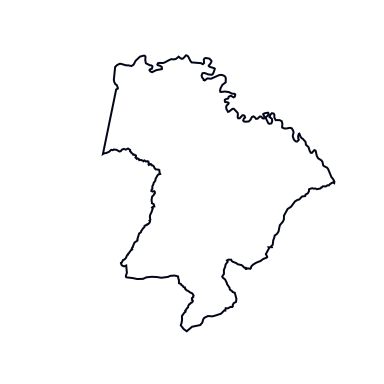 outline of Tesalia, Huila, Colombia, rotated 206°
{"feature_id": "7082276B61077651934720", "entity_name": "Tesalia", "entity_type": "district", "adm_level": 2, "iso_a3": "COL", "parent_name": "Colombia", "parent_adm1": "Huila", "projection": "albers", "projection_center": [-75.696, 2.544], "detail": "fine", "context": "isolated", "style": "outline", "palette": "ink", "viewbox_px": 384, "rotation_deg": 206, "n_neighbors": 0, "source": "geoboundaries", "source_scale": "gbopen_adm2", "svg_char_len": 6057}
<svg xmlns="http://www.w3.org/2000/svg" viewBox="0 0 384 384"><g transform="rotate(206 192 192)"><path d="M305.1,250.9L288.7,187.1L288.0,188.2L286.2,189.4L284.3,191.6L283.1,194.5L281.5,194.9L281.1,195.8L278.4,196.8L275.0,196.6L274.0,197.4L273.5,199.4L272.1,200.9L270.0,201.1L268.6,203.0L266.0,202.7L265.5,201.4L264.4,201.2L263.9,200.7L262.1,200.4L261.2,199.7L260.0,200.4L259.3,200.1L258.4,200.2L257.8,199.0L257.9,198.2L256.1,197.6L255.8,198.3L254.2,198.3L253.4,197.5L252.0,198.4L249.9,198.6L249.2,198.3L248.6,199.5L246.8,199.2L245.9,200.0L244.6,200.3L244.1,199.3L243.6,199.2L243.0,198.1L243.1,197.7L242.6,197.4L241.9,198.7L241.2,199.1L240.0,198.3L239.2,198.7L237.3,198.2L236.5,197.3L234.7,196.4L231.6,197.5L230.9,197.3L229.9,195.5L228.5,194.2L229.9,193.1L230.3,191.7L230.5,187.8L229.9,186.0L230.5,183.3L230.1,182.4L230.1,179.6L229.0,177.5L229.3,176.7L229.0,175.1L227.6,175.1L226.3,176.2L225.5,175.8L225.1,175.2L224.8,174.4L225.2,173.4L225.1,172.5L225.8,170.3L224.9,167.2L223.1,164.4L221.0,164.2L219.5,162.5L220.9,161.3L221.1,160.4L220.1,160.1L219.6,156.6L219.5,152.7L218.8,150.9L217.3,148.8L217.7,147.7L216.8,147.1L216.7,145.8L217.3,143.9L218.0,143.6L218.2,142.3L218.8,142.1L219.8,140.8L219.4,139.5L220.0,138.2L220.5,134.4L220.3,133.3L221.3,131.6L220.4,125.5L219.9,125.2L219.8,124.3L221.5,121.4L221.3,117.1L221.0,116.3L221.4,115.4L221.2,114.3L220.6,114.0L221.4,112.8L222.0,109.0L222.4,108.4L222.1,107.5L222.6,106.9L222.5,103.5L223.3,101.5L224.2,100.5L224.2,97.9L224.8,97.1L224.4,96.6L223.2,95.5L222.0,95.2L220.4,95.4L218.9,97.1L215.1,90.8L214.7,87.6L214.2,86.8L213.4,86.6L207.1,88.8L203.2,89.7L197.9,92.5L195.6,95.3L191.1,98.1L186.2,100.2L181.9,101.5L176.2,105.3L174.9,107.0L171.0,109.3L167.5,110.0L166.4,108.3L165.2,107.2L163.7,104.3L161.8,104.5L160.6,103.7L159.4,103.7L157.8,102.8L156.5,103.1L155.7,101.9L154.7,101.8L153.9,101.2L152.4,101.4L149.5,100.9L147.4,101.0L145.3,99.8L145.2,98.6L144.8,98.2L145.6,96.5L144.8,95.7L144.8,95.0L143.6,94.6L143.3,94.0L143.8,92.4L144.5,91.8L144.6,90.8L145.4,89.6L145.4,87.8L145.0,86.5L145.7,84.9L145.6,83.6L146.1,82.5L145.3,81.6L145.9,80.6L146.7,76.1L144.9,72.8L143.9,69.5L143.7,67.3L139.5,65.2L135.7,64.5L132.9,70.9L126.3,76.0L125.5,79.1L126.1,82.6L125.8,84.3L123.3,87.5L119.3,89.1L117.6,90.5L112.6,95.3L111.0,99.9L110.1,100.1L110.8,102.3L108.7,103.2L107.0,105.6L105.4,106.3L105.2,107.3L105.9,108.4L105.8,109.9L105.6,110.7L104.3,112.4L105.2,115.4L109.4,120.2L111.5,119.9L112.2,120.4L115.2,120.9L116.2,122.3L120.3,124.7L120.7,125.4L123.9,127.9L126.8,128.5L127.8,129.3L127.4,132.4L129.2,136.0L129.4,139.5L129.9,140.8L129.9,142.7L129.3,144.7L129.6,145.3L130.6,145.8L129.6,147.2L127.1,148.3L126.0,147.4L124.6,147.2L121.1,147.5L119.2,147.1L115.5,148.0L114.3,147.9L112.4,147.0L111.2,147.2L110.0,146.4L109.6,146.6L109.7,147.5L108.5,147.5L107.3,148.3L106.1,148.4L105.7,149.3L106.1,151.2L105.2,153.6L103.3,156.6L100.1,160.1L98.8,162.8L96.1,165.8L95.9,166.6L98.4,168.6L98.1,175.4L98.9,175.9L96.1,177.4L97.0,178.1L96.3,179.9L97.8,184.2L98.1,187.3L98.6,189.1L97.3,191.5L96.9,194.3L98.5,200.6L97.3,205.3L97.4,207.7L99.0,211.1L98.6,218.7L96.5,222.2L95.3,228.7L93.7,231.2L92.3,232.3L91.2,236.1L88.5,238.0L88.8,239.5L87.3,241.6L87.3,242.4L87.2,243.8L88.0,245.7L87.8,246.1L85.6,248.1L83.9,248.4L82.8,249.2L80.9,249.3L78.0,251.6L77.9,252.6L77.3,253.1L77.2,253.9L76.7,254.6L74.1,255.7L73.3,257.3L71.9,258.0L71.4,259.7L69.6,262.4L68.1,262.3L68.6,263.8L70.9,265.5L73.2,266.5L79.7,272.3L81.3,273.1L84.7,273.1L85.7,273.4L88.1,276.4L89.7,277.2L93.5,277.6L95.7,279.2L99.0,283.3L100.4,283.3L101.4,279.7L102.4,279.3L104.2,280.5L106.9,283.4L110.3,284.4L111.9,286.8L115.8,288.4L117.0,288.4L118.5,289.2L121.1,291.5L121.5,290.9L121.0,288.5L119.8,286.5L119.0,285.9L118.9,285.3L119.8,283.3L120.6,283.0L121.6,283.1L123.4,283.8L125.5,285.8L126.1,286.8L126.8,290.1L128.0,291.5L130.3,293.0L132.2,292.6L134.9,290.5L137.0,289.5L139.3,289.5L140.7,293.0L142.5,295.0L144.8,295.0L148.3,293.3L150.6,295.0L151.9,297.6L153.0,298.3L154.8,297.8L155.5,295.6L155.1,294.4L155.2,293.4L152.3,292.8L151.0,290.9L150.7,288.9L150.9,288.3L152.2,287.3L153.5,287.2L158.0,290.7L158.2,292.3L157.3,294.0L157.3,294.8L157.8,296.3L158.5,296.6L161.2,294.6L162.1,293.4L162.0,292.9L160.7,292.0L159.5,290.7L159.6,289.5L161.0,289.2L162.6,290.0L163.8,289.8L164.2,289.5L165.2,286.7L166.5,285.8L168.0,286.6L170.0,286.9L171.0,285.6L171.1,282.6L171.9,280.3L174.7,278.6L176.1,278.2L177.3,278.6L177.6,280.7L176.9,282.2L178.1,283.5L179.3,283.6L180.3,283.0L181.5,279.1L182.9,278.5L183.8,279.3L184.7,281.7L185.7,283.2L190.6,285.0L191.3,285.0L192.1,284.4L194.0,280.5L194.7,279.8L197.5,281.7L198.6,283.4L198.8,284.9L197.9,287.0L198.0,288.0L199.1,288.3L201.6,287.4L202.6,288.4L202.9,289.4L201.7,290.9L200.7,291.5L200.5,292.3L200.8,293.7L199.5,295.3L199.1,295.5L196.1,295.3L195.3,296.6L195.9,298.7L196.8,298.9L199.3,297.9L202.4,298.0L203.5,297.7L206.5,296.7L209.8,294.6L210.6,294.5L211.4,295.9L211.8,297.7L211.7,301.5L209.8,305.3L211.5,309.1L212.6,310.1L213.7,310.5L216.0,310.4L217.3,310.0L219.0,308.8L224.5,302.2L228.0,300.8L229.5,297.8L230.5,297.7L230.7,298.3L233.2,299.4L234.5,301.0L234.6,303.4L232.8,304.5L229.0,304.8L225.7,306.0L225.1,306.7L225.0,309.1L225.5,312.8L226.3,313.0L230.8,312.3L232.1,312.5L232.4,312.9L231.7,315.6L231.7,317.7L232.1,318.5L234.8,319.5L238.4,318.5L239.4,317.3L239.3,315.9L237.7,313.3L238.2,311.7L238.6,311.5L240.2,311.8L249.2,308.3L250.7,309.0L255.0,312.2L256.8,312.4L257.4,312.1L258.0,309.6L258.7,307.9L259.5,307.2L261.6,307.3L263.3,307.8L264.6,304.9L265.3,304.1L266.9,303.0L268.6,302.5L269.7,301.4L273.7,296.0L274.9,295.1L278.4,293.5L279.0,292.9L279.1,291.5L278.3,291.0L276.1,291.4L274.1,291.2L273.0,289.7L273.0,289.2L277.5,285.9L280.4,282.2L282.2,282.1L283.6,282.8L283.7,283.6L282.1,285.2L282.4,287.0L282.9,287.8L284.2,287.9L285.6,287.4L289.9,287.5L291.8,290.0L293.0,293.0L293.5,293.5L294.2,293.7L294.9,293.6L298.0,291.0L300.2,285.3L300.3,280.9L301.6,278.7L305.1,277.8L306.9,276.9L311.9,276.1L313.2,275.5L314.9,273.4L315.9,270.7L311.4,258.5L310.4,257.1L308.3,255.4L306.5,255.1L304.1,252.9L304.0,252.4L305.1,250.9Z" fill="none" stroke="#020617" stroke-width="2"/></g></svg>